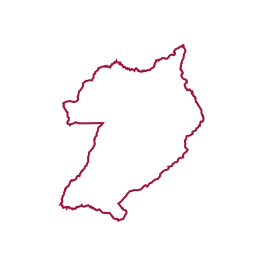 the district of Sucumbios, Sucumbios, Ecuador, rotated 198°
{"feature_id": "8360857B67239224798881", "entity_name": "Sucumbios", "entity_type": "district", "adm_level": 2, "iso_a3": "ECU", "parent_name": "Ecuador", "parent_adm1": "Sucumbios", "projection": "natural_earth1", "projection_center": [-77.598, 0.397], "detail": "fine", "context": "isolated", "style": "outline", "palette": "rose", "viewbox_px": 256, "rotation_deg": 198, "n_neighbors": 0, "source": "geoboundaries", "source_scale": "gbopen_adm2", "svg_char_len": 5830}
<svg xmlns="http://www.w3.org/2000/svg" viewBox="0 0 256 256"><g transform="rotate(198 128 128)"><path d="M64.7,142.7L65.5,143.8L64.9,144.9L63.4,146.0L62.5,147.1L62.9,148.7L62.4,148.9L61.2,151.0L61.3,152.0L60.3,152.4L60.8,153.8L60.7,155.1L61.0,156.4L60.8,156.6L59.6,156.7L59.4,157.3L58.8,157.8L58.9,159.7L59.4,160.5L59.3,161.1L60.1,161.8L60.3,162.5L60.6,162.3L61.2,162.7L61.5,163.7L62.5,164.4L63.9,168.1L65.4,168.9L66.3,170.1L68.4,171.5L68.6,172.1L69.6,172.6L70.1,173.4L71.3,173.6L71.6,174.0L71.7,174.5L73.0,176.5L73.0,177.4L74.0,177.7L74.1,178.4L74.7,178.7L75.7,178.7L76.6,179.8L77.1,180.7L77.7,180.3L78.1,180.6L78.1,181.3L77.7,181.7L77.8,182.3L78.5,182.8L78.8,182.5L79.9,182.6L81.3,183.7L81.6,183.4L82.1,183.2L82.4,182.7L83.0,182.8L83.4,182.4L83.9,182.5L84.6,183.6L86.0,184.1L86.2,185.0L87.6,186.5L86.7,189.3L86.1,189.5L86.6,190.3L86.5,190.7L86.8,191.3L87.2,191.3L88.0,191.9L89.1,191.8L91.1,192.1L92.3,192.8L93.2,193.9L93.2,194.5L93.5,194.5L93.6,195.9L93.2,196.0L92.8,197.2L93.1,197.7L93.6,197.9L94.2,198.9L95.2,199.1L95.5,200.2L96.5,200.4L96.4,201.0L96.7,201.7L96.5,202.6L97.0,203.1L96.9,204.1L97.3,205.3L96.9,206.1L97.3,206.5L97.2,207.4L97.4,208.6L96.7,211.9L97.3,213.4L97.2,214.2L97.6,215.0L97.1,217.9L97.3,219.5L99.2,221.4L100.5,221.9L100.5,223.5L100.9,223.9L101.5,223.6L102.6,221.7L103.7,221.5L104.5,219.8L106.4,218.3L107.3,217.3L108.0,214.5L107.4,214.0L106.5,213.9L106.2,213.5L106.2,212.5L106.9,211.5L107.6,211.2L108.4,211.6L109.0,211.4L110.5,210.2L110.9,209.6L111.2,207.9L112.4,205.9L113.7,205.5L115.3,205.7L116.3,205.5L117.2,204.9L117.8,203.5L119.5,202.7L119.6,201.4L120.0,201.3L121.2,201.6L122.2,201.0L122.4,200.3L121.8,199.3L122.5,197.8L122.1,196.7L122.6,195.6L122.2,194.9L122.2,194.1L123.7,192.2L124.6,191.4L125.2,189.9L127.3,189.1L128.8,187.4L129.4,187.3L130.1,187.7L130.6,187.0L131.4,187.3L131.7,186.2L132.6,186.3L133.0,185.6L133.6,185.6L134.1,185.3L134.9,185.7L136.1,185.5L136.3,186.4L137.7,186.6L138.6,187.4L138.9,187.2L139.3,186.3L139.5,184.4L140.3,184.8L142.6,185.3L143.0,185.0L143.5,183.8L144.1,183.6L145.4,184.8L146.5,183.9L147.1,184.7L148.2,183.8L149.7,185.1L150.2,185.1L151.1,184.3L151.7,185.0L152.5,185.3L152.7,186.1L153.9,186.1L154.6,186.9L155.3,186.0L155.9,186.1L156.1,186.6L156.1,187.7L156.7,187.4L159.2,187.1L159.7,188.1L159.9,186.8L160.6,187.0L161.2,186.4L161.3,185.9L161.0,185.3L163.0,183.9L162.8,182.7L163.8,181.8L163.8,181.1L163.4,180.3L163.6,180.0L164.5,179.8L165.3,180.3L166.6,179.9L167.2,180.5L167.8,179.6L168.5,179.2L169.0,179.9L170.7,178.6L171.9,178.2L172.8,176.9L174.4,176.1L174.8,175.4L174.5,174.7L174.5,173.8L175.2,173.1L175.7,171.9L176.4,171.3L176.2,169.4L177.2,168.4L176.3,165.3L176.8,164.2L177.0,162.2L178.1,161.8L179.4,161.6L181.4,160.1L182.7,159.8L183.7,157.9L184.5,156.9L184.4,155.6L183.7,154.7L183.7,153.9L184.9,149.4L185.9,147.4L185.3,143.6L185.6,142.3L184.5,140.8L184.3,139.5L185.1,137.5L187.7,135.8L188.6,136.0L189.3,135.7L191.2,135.8L194.3,134.3L197.0,131.9L197.2,131.4L196.0,130.1L196.3,129.2L196.1,128.6L195.1,128.2L194.5,127.0L192.5,125.8L192.1,125.0L191.6,124.5L190.7,124.5L190.0,123.8L190.0,122.5L188.8,119.9L187.3,119.3L186.7,117.0L187.3,116.1L187.6,114.4L187.3,113.9L186.3,113.2L184.6,113.6L184.1,112.8L183.2,114.1L180.4,116.2L179.6,117.3L178.5,117.1L177.5,117.4L175.6,117.4L153.4,124.9L154.1,122.8L156.3,119.3L155.8,116.4L156.2,112.7L155.3,111.1L156.1,109.9L156.7,107.9L156.1,107.2L156.5,106.2L155.3,104.2L155.2,103.2L154.6,102.4L154.6,101.3L155.1,100.2L154.8,99.3L155.1,98.8L155.2,97.9L155.8,96.9L156.3,95.0L157.5,92.8L157.1,91.6L157.2,91.1L156.9,89.9L156.9,87.3L156.5,86.7L156.1,86.5L156.0,85.1L155.4,83.7L156.0,81.7L155.7,79.5L156.6,78.9L157.1,77.8L156.8,76.8L157.1,75.7L158.1,74.1L158.0,73.0L158.9,72.5L159.1,70.6L159.6,69.3L159.3,68.6L159.3,67.2L160.7,67.1L161.3,66.5L161.8,65.1L161.6,63.6L162.1,62.9L163.3,61.6L164.0,61.5L164.3,60.9L165.2,61.0L165.2,60.5L166.0,60.1L165.9,59.7L166.3,59.2L166.3,56.8L166.6,56.0L166.7,54.6L167.4,53.6L167.7,53.5L168.3,52.6L168.1,52.0L168.7,51.2L168.4,50.6L168.5,50.1L168.9,50.0L168.5,49.0L168.9,47.3L168.6,46.5L168.6,43.9L169.2,43.2L168.8,41.9L169.2,40.1L168.5,39.5L168.4,38.7L167.9,38.3L167.7,36.6L168.3,36.3L168.2,35.5L168.7,34.3L167.8,34.6L166.9,34.2L166.0,33.5L166.1,33.0L165.5,32.8L165.1,32.1L163.0,33.5L162.3,33.2L161.9,33.8L161.7,33.6L161.9,32.9L161.5,32.5L161.4,33.5L160.5,34.6L159.3,34.4L159.1,33.9L158.6,34.2L156.6,33.8L156.2,34.0L155.7,33.7L155.4,34.5L154.4,34.3L152.6,35.5L152.8,36.3L152.7,37.0L151.6,37.4L150.7,37.4L150.1,38.5L148.7,39.2L148.3,40.2L147.9,39.4L145.0,39.7L143.9,40.9L142.8,41.7L142.1,41.7L141.8,42.2L140.3,41.8L139.5,41.0L138.7,41.8L138.5,41.7L138.6,41.0L138.3,40.9L137.6,40.8L137.0,41.3L136.4,41.4L135.8,40.6L133.7,40.7L133.0,39.9L131.7,40.2L130.8,41.5L129.9,41.7L129.4,41.2L128.9,41.4L128.4,40.8L126.2,39.6L124.4,39.9L123.9,40.3L123.4,40.1L121.9,40.6L121.2,40.6L119.7,41.6L118.1,40.9L117.4,40.2L116.1,39.5L115.9,39.0L115.0,38.8L114.7,38.3L114.3,38.2L113.9,37.6L111.4,37.5L110.8,38.2L110.0,38.4L109.0,37.0L108.6,36.8L108.2,37.5L106.9,38.5L106.3,38.7L105.5,39.5L104.3,39.9L104.3,41.5L104.0,42.7L103.9,44.4L103.2,45.6L103.2,47.0L103.8,48.2L104.5,48.9L105.9,48.8L107.4,49.1L108.3,50.1L108.9,49.7L110.3,51.0L113.8,53.2L112.0,55.7L109.9,60.8L108.7,62.6L108.7,63.8L108.3,65.1L106.7,68.6L105.2,69.0L103.4,70.7L100.0,71.7L96.8,73.5L95.9,75.3L94.9,77.6L93.8,79.0L93.1,79.0L92.1,78.2L91.3,78.5L90.6,81.7L89.7,82.7L88.8,83.1L87.2,86.1L85.9,87.6L84.1,88.6L83.8,89.0L82.5,92.6L83.2,93.8L81.1,98.0L79.4,99.5L77.8,100.5L77.0,101.6L76.8,102.8L77.6,103.6L76.0,104.6L74.8,105.1L74.3,106.0L74.5,107.5L73.7,108.2L72.8,109.9L71.1,110.6L70.4,112.2L70.6,113.8L70.4,114.5L69.4,115.7L67.7,116.3L66.4,117.4L67.3,118.9L67.2,119.9L66.4,121.9L65.1,123.4L64.5,125.7L67.7,127.4L68.4,129.4L68.6,130.9L69.5,132.4L70.1,133.8L69.3,135.1L69.7,138.5L68.3,139.1L66.5,140.3L64.7,142.7Z" fill="none" stroke="#9f1239" stroke-width="2"/></g></svg>